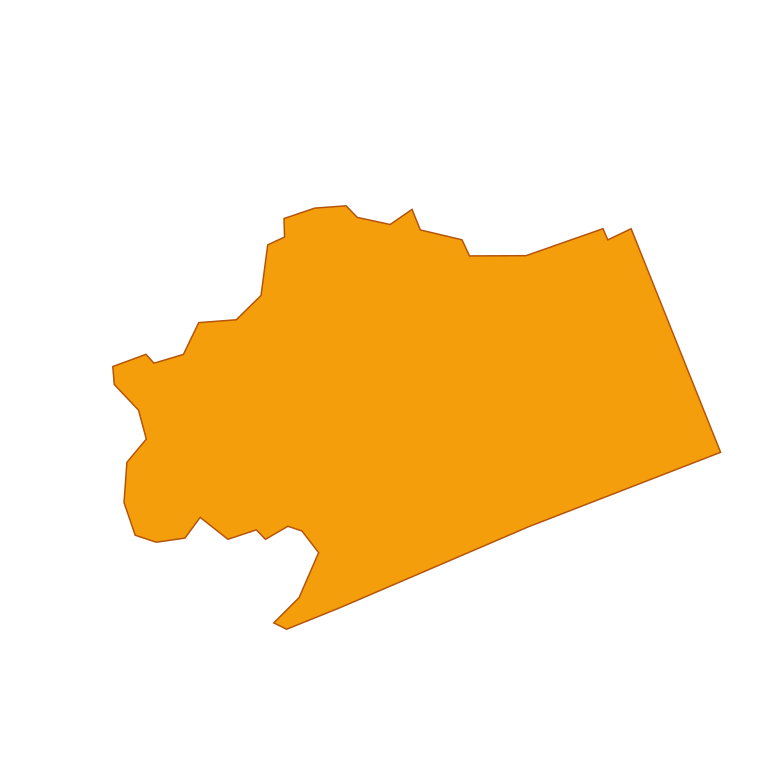 outline of Clear Creek, Colorado, United States of America, rotated 338°
{"feature_id": "52423323B93273750320720", "entity_name": "Clear Creek", "entity_type": "district", "adm_level": 2, "iso_a3": "USA", "parent_name": "United States of America", "parent_adm1": "Colorado", "projection": "robinson", "projection_center": [-105.736, 39.708], "detail": "fine", "context": "isolated", "style": "filled", "palette": "amber", "viewbox_px": 768, "rotation_deg": 338, "n_neighbors": 0, "source": "geoboundaries", "source_scale": "gbopen_adm2", "svg_char_len": 696}
<svg xmlns="http://www.w3.org/2000/svg" viewBox="0 0 768 768"><g transform="rotate(338 384 384)"><path d="M98.5,396.6L96.7,431.1L113.6,445.4L141.7,452.3L163.6,438.8L181.1,469.5L211.0,471.4L215.9,483.6L241.6,479.9L252.9,489.6L260.2,515.9L225.2,550.3L192.3,564.2L201.8,574.9L259.5,574.9L464.8,570.5L670.5,573.4L671.3,332.6L645.5,334.2L645.2,322.0L563.7,318.2L511.3,297.3L510.3,279.5L475.4,254.8L475.4,232.6L449.4,238.4L421.6,219.5L415.6,204.6L385.8,195.0L353.3,193.1L346.8,210.5L328.3,211.4L303.2,255.8L271.1,269.1L235.2,257.7L209.1,281.4L178.5,278.5L174.4,267.3L139.1,266.2L133.7,283.4L146.6,316.3L143.0,346.0L116.3,360.3L98.5,396.6Z" fill="#f59e0b" stroke="#b45309" stroke-width="1.5"/></g></svg>